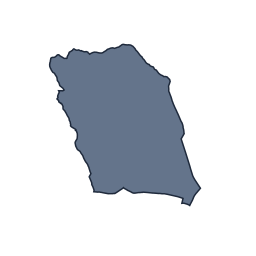 Sura Mica, Sibiu, Romania, rotated 64°
{"feature_id": "2599482B27729481581318", "entity_name": "Sura Mica", "entity_type": "district", "adm_level": 2, "iso_a3": "ROU", "parent_name": "Romania", "parent_adm1": "Sibiu", "projection": "albers", "projection_center": [24.025, 45.833], "detail": "fine", "context": "isolated", "style": "filled", "palette": "slate", "viewbox_px": 256, "rotation_deg": 64, "n_neighbors": 0, "source": "geoboundaries", "source_scale": "gbopen_adm2", "svg_char_len": 5630}
<svg xmlns="http://www.w3.org/2000/svg" viewBox="0 0 256 256"><g transform="rotate(64 128 128)"><path d="M181.1,168.6L180.9,166.5L180.2,161.4L180.0,159.7L179.8,158.8L179.6,158.2L180.1,158.1L180.6,157.8L181.3,157.4L182.0,156.8L182.4,156.6L183.3,156.0L184.1,155.5L184.9,154.8L186.8,153.3L187.9,152.6L188.8,151.8L189.6,150.2L190.6,147.0L191.2,145.7L191.5,145.0L191.6,144.6L191.8,144.0L192.1,143.6L192.2,143.2L192.2,142.7L194.5,138.8L197.3,134.3L197.7,133.5L199.0,131.3L200.1,129.5L200.4,129.0L200.7,128.2L201.1,127.6L201.6,126.9L202.4,125.5L202.9,124.3L204.9,121.6L211.5,113.4L213.6,111.2L215.4,109.4L219.3,112.6L219.5,112.0L219.8,111.3L220.3,110.5L222.4,108.2L223.8,107.0L224.7,106.5L223.5,105.0L222.8,104.0L221.1,101.7L218.6,98.9L217.9,97.9L217.5,97.2L216.9,96.0L216.6,95.6L216.4,94.9L215.4,92.7L215.0,91.7L213.9,89.3L211.8,89.6L204.1,90.6L201.4,90.8L199.4,90.8L192.2,89.7L189.6,89.2L175.8,87.1L169.5,86.2L167.4,85.9L161.1,85.0L157.7,80.0L157.4,80.0L155.6,79.3L154.2,78.8L151.4,78.2L150.7,77.8L148.7,77.4L146.8,77.2L145.3,77.4L137.6,77.0L135.7,77.0L133.6,76.9L132.4,76.9L131.3,76.9L130.2,76.9L125.9,76.7L124.4,76.5L122.7,76.4L121.3,76.1L118.6,75.7L115.7,75.5L114.4,75.3L113.1,75.3L112.7,75.2L112.2,75.0L111.8,74.7L110.0,73.9L108.7,73.4L108.0,73.1L106.1,71.1L105.3,70.4L104.8,69.8L104.6,69.7L102.6,69.3L102.1,69.5L101.4,69.8L100.8,70.0L100.0,70.2L99.4,70.4L99.2,70.6L98.2,71.7L97.9,72.3L97.5,73.3L97.3,73.5L96.5,73.7L96.0,74.0L95.5,74.6L94.1,75.6L93.4,75.9L92.5,76.4L92.0,76.5L90.0,76.9L88.5,77.1L88.3,77.2L87.7,77.8L87.3,78.1L86.6,78.4L86.1,78.5L85.3,78.4L84.4,78.5L84.0,78.7L83.1,79.8L82.3,80.4L81.9,80.8L81.2,81.0L80.7,81.0L80.4,81.1L80.2,81.1L80.0,81.4L79.7,81.8L79.4,81.9L78.0,82.9L77.3,83.1L76.5,83.3L76.0,83.3L74.6,83.5L73.4,83.7L72.3,84.2L71.0,84.3L70.7,84.3L70.5,84.2L69.2,84.8L67.7,85.3L63.5,86.1L62.3,86.5L61.7,86.8L59.7,86.9L57.7,87.5L56.7,87.8L56.3,88.1L55.9,88.4L54.9,89.0L54.3,89.7L53.5,91.0L53.2,91.8L53.0,92.3L52.3,93.4L51.7,94.4L51.2,94.9L50.9,95.4L50.7,95.7L50.5,96.5L50.5,97.0L50.9,99.0L50.9,99.7L51.1,100.4L51.2,100.8L51.1,101.3L50.8,102.3L50.8,102.7L50.7,103.5L50.7,104.0L50.6,104.7L50.6,105.1L50.5,105.3L50.0,105.7L49.3,106.5L48.8,107.9L48.6,108.6L48.5,110.3L48.5,110.9L48.3,111.5L48.3,111.8L48.3,112.2L48.5,112.6L48.5,112.9L48.6,113.1L48.7,113.4L48.9,114.3L48.9,114.8L49.0,116.3L49.2,117.0L49.2,117.7L49.1,118.6L48.8,119.4L48.0,120.8L46.9,122.2L46.6,122.5L46.0,123.3L45.7,123.8L45.3,124.6L45.0,125.2L44.7,126.9L44.7,128.0L44.7,128.8L44.8,130.2L44.2,130.3L43.4,130.6L42.9,130.9L42.1,130.9L42.0,131.1L41.3,131.7L40.9,132.2L40.8,132.9L40.6,133.3L40.4,133.8L39.9,134.4L39.4,134.8L38.8,135.5L38.2,135.8L38.1,136.0L38.1,136.4L37.9,136.7L36.9,137.6L36.5,137.8L36.2,138.1L35.9,139.3L35.5,140.1L35.3,140.4L35.1,140.6L34.9,140.7L34.5,141.1L33.6,141.6L33.3,141.8L33.1,142.1L33.2,142.5L33.4,143.2L33.9,143.9L33.9,144.3L33.9,144.9L34.0,145.4L34.1,146.2L34.1,147.2L34.2,147.6L34.4,147.9L34.7,147.9L34.8,148.1L35.0,148.5L35.9,149.3L36.1,149.7L36.3,150.1L37.3,151.4L38.4,152.1L38.6,152.4L38.6,152.6L38.4,153.0L38.1,153.4L37.8,154.0L37.6,154.7L37.3,155.0L35.4,156.1L34.8,156.6L34.6,156.8L33.9,157.1L33.4,157.5L33.0,157.7L32.6,157.8L32.2,157.9L31.9,158.1L31.6,158.6L31.4,159.2L31.4,159.7L31.9,161.0L32.1,162.0L32.2,163.0L32.0,163.8L31.6,164.4L31.4,165.1L31.3,165.5L31.4,166.6L31.5,166.8L32.4,167.4L33.0,167.9L33.4,168.2L34.2,168.6L34.6,169.1L34.9,169.4L36.6,170.6L37.3,170.9L38.0,171.2L38.4,171.3L40.0,171.5L41.0,171.4L41.6,171.5L42.5,171.5L44.6,171.2L45.1,171.1L45.5,170.8L45.9,170.5L46.7,170.1L47.1,170.0L48.1,170.1L48.9,169.9L50.2,169.8L50.8,169.7L51.1,169.7L52.0,169.9L53.8,170.5L54.4,170.7L54.9,170.6L55.9,170.4L56.4,170.3L57.3,170.3L58.7,170.5L59.6,170.7L60.0,170.7L60.4,170.6L63.6,169.1L64.1,169.0L65.8,168.8L66.0,169.5L65.9,170.5L65.8,170.8L65.5,171.2L65.1,171.9L64.6,173.1L64.1,174.0L64.9,174.0L65.6,174.0L65.8,174.3L66.1,174.7L66.6,175.1L66.9,175.7L67.1,175.8L68.1,176.9L68.4,177.1L68.6,177.3L68.9,177.4L69.6,177.4L69.9,177.5L70.1,177.7L70.2,178.1L70.3,178.6L70.4,178.8L70.7,179.0L71.2,179.1L71.4,179.0L71.5,178.8L71.9,178.8L72.0,178.6L72.6,178.3L72.9,178.3L73.3,178.4L73.7,178.6L74.0,178.7L74.4,178.6L74.7,178.6L75.1,178.2L75.4,178.1L75.5,177.9L76.1,177.9L76.3,177.8L76.4,177.3L76.6,177.2L76.9,177.2L77.1,177.3L77.3,177.2L77.8,176.8L78.0,176.9L80.4,177.0L81.0,177.4L81.3,177.6L82.5,178.0L83.1,177.9L84.2,177.5L84.9,177.3L85.9,177.3L86.3,177.2L87.8,177.1L90.6,177.1L91.6,176.9L92.5,176.9L93.6,176.8L94.6,177.1L94.8,177.3L95.0,177.3L95.7,177.4L96.3,177.3L97.1,177.3L97.6,177.4L97.8,177.5L98.6,177.8L99.0,177.8L99.8,178.0L100.2,178.2L100.8,178.7L101.0,178.7L101.5,178.5L102.0,178.4L103.0,177.8L103.4,177.6L104.1,177.0L105.1,176.5L105.2,176.4L105.7,176.1L105.9,175.9L106.2,175.8L106.6,175.6L106.8,175.9L107.2,176.3L107.5,176.0L108.0,175.7L109.3,175.8L109.5,175.9L110.2,175.9L110.6,176.0L111.7,176.4L112.4,176.7L113.4,177.3L113.9,177.5L114.6,178.0L115.1,178.3L115.4,178.5L116.8,180.7L117.5,181.6L117.7,181.8L118.6,182.2L119.4,182.4L120.9,182.8L121.2,182.9L122.6,182.9L123.6,182.9L125.1,182.9L125.6,182.7L125.9,182.5L128.1,181.3L129.7,181.3L132.6,180.8L133.5,180.8L135.3,181.0L137.2,181.0L139.7,180.9L141.5,180.5L143.2,180.3L145.2,180.5L146.1,180.4L146.8,180.6L147.4,180.7L150.6,181.2L152.7,181.3L153.6,182.5L154.6,184.0L154.8,184.2L155.0,184.3L155.7,184.3L156.3,184.3L161.0,184.6L161.9,184.8L162.5,185.2L163.8,185.4L164.2,185.4L164.5,185.3L165.9,185.4L167.7,185.6L168.6,185.7L169.3,185.9L170.3,186.7L172.4,183.2L172.7,182.4L172.9,181.9L173.8,180.8L174.5,179.7L174.9,179.3L178.3,174.7L178.6,174.1L180.4,170.3L180.5,169.8L180.8,168.8L180.9,168.7L181.1,168.6Z" fill="#64748b" stroke="#1e293b" stroke-width="1.5"/></g></svg>